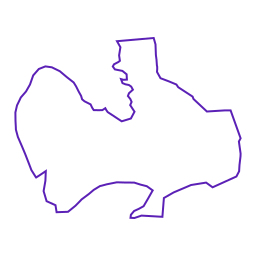 the district of Abua/Odual, Rivers, Nigeria
{"feature_id": "59680162B70529740290920", "entity_name": "Abua/Odual", "entity_type": "district", "adm_level": 2, "iso_a3": "NGA", "parent_name": "Nigeria", "parent_adm1": "Rivers", "projection": "albers", "projection_center": [6.549, 4.841], "detail": "fine", "context": "isolated", "style": "outline", "palette": "violet", "viewbox_px": 256, "rotation_deg": 0, "n_neighbors": 0, "source": "geoboundaries", "source_scale": "gbopen_adm2", "svg_char_len": 1578}
<svg xmlns="http://www.w3.org/2000/svg" viewBox="0 0 256 256"><path d="M130.5,217.8L134.4,218.0L141.5,215.6L162.4,216.8L163.9,198.0L173.7,192.4L191.1,185.0L206.1,182.6L212.6,187.3L236.4,176.5L239.1,171.3L239.5,164.9L240.5,156.4L240.6,153.7L240.2,150.7L238.9,141.5L240.6,138.3L230.6,110.4L224.9,110.4L206.9,111.5L193.5,99.0L192.6,96.6L178.2,87.2L176.4,84.5L168.7,81.3L160.5,78.2L157.0,71.9L157.2,69.1L157.2,66.8L156.9,65.4L156.5,59.7L155.9,55.1L155.5,44.4L153.7,38.0L117.0,41.2L120.4,47.2L119.1,55.4L119.9,60.8L118.4,62.0L114.0,64.3L112.8,66.5L114.9,69.4L122.4,70.9L126.6,74.3L126.9,79.6L123.5,79.8L121.0,79.1L122.5,83.1L125.4,84.3L128.9,85.0L131.2,86.6L132.9,89.7L129.0,93.2L127.9,96.0L130.3,99.0L131.6,101.9L130.2,105.1L132.4,108.5L134.5,111.7L130.9,118.5L123.7,120.7L121.7,121.3L107.7,112.1L106.3,110.1L105.3,108.2L102.4,110.1L98.9,110.2L93.7,110.1L92.1,107.6L90.6,104.4L84.5,101.3L82.1,99.3L81.1,95.9L78.7,91.6L76.1,86.4L73.7,82.5L66.8,77.1L59.8,71.2L51.8,67.3L45.4,66.4L38.8,69.0L33.2,75.4L30.0,84.5L26.0,91.5L20.8,97.5L19.3,100.7L17.0,105.4L15.4,112.4L15.5,121.0L15.8,126.6L15.9,129.6L17.9,137.0L18.3,137.9L22.2,146.9L24.8,153.1L25.3,154.3L29.3,164.6L31.4,170.1L36.0,177.4L36.1,177.5L39.1,175.6L45.8,171.1L45.4,180.8L43.6,191.1L46.6,201.2L55.5,205.2L55.7,206.6L56.6,212.2L68.0,211.8L75.4,205.8L80.7,200.4L81.5,199.5L89.1,193.8L93.7,189.9L100.1,186.0L101.6,185.7L106.8,184.3L116.8,182.3L124.0,182.5L134.2,182.6L140.5,184.6L146.8,186.2L152.7,190.4L148.1,198.5L143.6,206.2L138.9,208.8L134.1,211.0L130.9,214.8L130.5,217.8Z" fill="none" stroke="#5b21b6" stroke-width="2"/></svg>